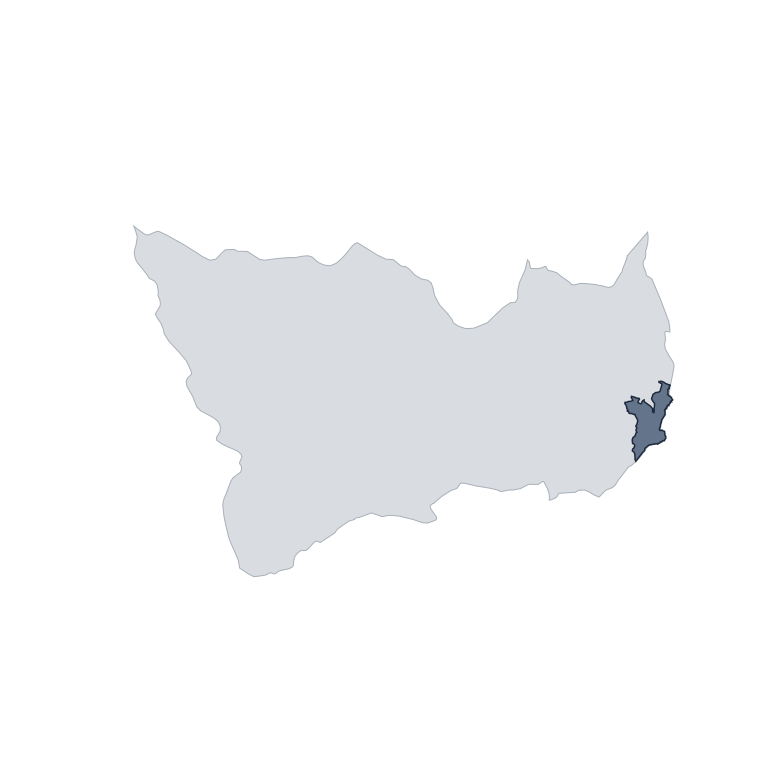 Baboua, Nana-Mambéré, Central African Republic shown in context, rotated 197°
{"feature_id": "33826404B17315710707848", "entity_name": "Baboua", "entity_type": "district", "adm_level": 2, "iso_a3": "CAF", "parent_name": "Central African Republic", "parent_adm1": "Nana-Mambéré", "projection": "natural_earth1", "projection_center": [14.687, 5.816], "detail": "fine", "context": "in_parent", "style": "filled", "palette": "slate", "viewbox_px": 768, "rotation_deg": 197, "n_neighbors": 0, "source": "geoboundaries", "source_scale": "gbopen_adm2", "svg_char_len": 8870}
<svg xmlns="http://www.w3.org/2000/svg" viewBox="0 0 768 768"><g transform="rotate(197 384 384)"><path d="M521.0,279.2L527.4,281.2L528.6,283.5L526.9,291.0L528.1,295.7L531.8,299.6L535.5,301.3L539.0,302.3L551.4,304.7L556.5,307.5L563.3,316.2L571.8,324.2L573.9,328.5L573.6,332.3L571.1,337.0L571.5,338.9L575.4,343.6L579.9,348.4L588.1,353.8L602.3,362.1L608.8,367.7L611.1,371.9L614.7,376.5L619.8,380.7L623.2,384.0L620.9,393.1L621.6,396.2L622.9,398.8L625.9,402.4L627.1,407.0L630.1,412.8L633.6,415.4L639.4,416.4L642.5,419.1L648.9,423.7L655.2,427.7L657.8,430.4L659.5,432.9L660.9,435.7L661.6,438.6L661.8,444.8L662.9,452.5L666.3,457.8L669.4,461.7L656.7,457.2L654.8,457.1L652.6,457.9L646.0,463.4L643.9,464.1L635.5,462.9L615.3,458.5L599.8,454.3L595.1,452.8L586.8,451.4L581.3,454.2L576.2,464.1L574.8,466.0L566.7,468.9L562.9,468.1L553.5,470.8L539.1,466.8L533.9,467.6L529.9,469.6L519.5,474.1L513.2,476.6L505.9,478.9L499.0,482.5L494.3,484.4L489.7,484.4L485.6,482.4L481.0,480.7L475.6,480.3L470.0,481.3L465.2,485.3L463.3,488.0L459.2,495.5L454.3,507.6L452.4,510.0L450.6,511.3L428.0,505.3L418.3,503.9L411.7,505.7L403.5,502.3L399.9,501.7L398.2,502.8L393.6,501.3L386.1,497.1L379.0,495.4L372.6,496.0L368.6,494.6L365.5,490.6L361.4,483.2L354.0,475.9L344.1,470.1L338.0,465.7L335.5,462.7L330.2,461.1L322.1,460.8L314.3,463.7L303.1,472.8L292.7,491.5L286.9,498.7L282.3,500.5L281.1,505.1L283.4,512.2L284.1,520.5L282.4,534.5L283.1,544.7L280.6,543.1L278.2,538.3L277.1,537.4L270.2,539.5L266.6,541.5L264.7,543.4L263.3,543.6L261.1,541.0L259.4,540.6L256.7,541.0L253.9,541.0L252.1,540.7L251.0,540.9L247.7,539.3L235.9,535.4L233.9,534.1L231.5,534.2L225.4,537.7L222.1,538.6L212.3,540.7L201.9,541.8L197.9,541.8L195.1,543.4L193.3,545.5L190.1,558.5L189.2,560.7L189.4,564.0L188.5,574.4L188.9,577.7L176.3,606.3L174.3,601.5L173.0,595.9L172.5,589.5L172.8,587.8L171.9,585.9L170.9,580.6L171.9,577.3L171.1,573.7L168.6,570.3L166.4,567.6L165.1,565.2L164.1,564.2L161.6,563.8L158.4,562.6L144.4,545.8L129.9,527.0L127.0,520.9L125.8,517.3L129.4,516.9L130.3,516.3L130.3,514.7L128.1,509.8L127.1,503.7L125.3,499.9L119.6,494.2L114.2,489.8L112.5,487.5L111.5,484.3L109.4,463.9L108.5,458.1L106.8,455.6L105.5,454.4L105.1,453.0L105.3,449.4L106.0,446.1L106.0,444.9L107.4,442.0L107.4,423.2L105.7,420.6L102.4,420.6L100.7,417.8L99.3,414.4L99.7,411.9L102.8,408.1L104.9,406.6L111.1,403.6L112.8,402.1L113.9,400.2L114.6,397.7L118.2,388.0L123.5,378.4L125.8,376.4L131.2,362.2L132.4,358.5L133.3,354.9L135.0,352.0L140.9,347.2L145.3,338.7L150.1,339.2L155.0,340.5L161.3,341.2L166.3,339.5L169.5,336.3L184.8,330.6L185.9,326.1L188.3,323.7L191.1,321.6L192.1,321.3L192.3,322.8L194.0,327.5L197.5,332.2L202.6,337.3L204.0,337.0L207.2,333.1L215.2,330.7L217.2,329.6L222.8,324.0L229.6,320.3L233.6,319.1L240.5,315.3L245.4,315.8L253.2,315.2L266.3,313.4L275.8,312.8L280.6,312.1L281.8,311.4L283.6,305.9L285.1,304.4L288.6,302.0L295.6,293.8L300.1,286.9L301.5,284.4L302.5,283.9L304.4,281.0L302.5,278.0L294.6,271.9L294.7,271.0L294.3,270.0L294.7,269.1L297.7,266.6L301.7,263.8L306.0,262.7L317.1,262.9L326.7,262.3L328.9,262.4L336.3,261.0L341.4,259.7L346.6,256.7L358.4,257.0L368.2,249.5L371.0,248.1L372.3,247.0L372.6,245.8L377.2,242.8L382.4,236.6L386.4,231.1L387.5,227.2L398.6,213.8L402.5,214.1L404.4,212.5L408.7,203.6L410.1,201.9L414.7,200.4L416.8,197.8L418.7,193.9L418.7,189.0L417.8,185.1L417.8,183.2L418.8,181.5L420.6,179.8L429.1,175.0L431.2,172.7L432.5,170.6L434.8,170.2L437.4,170.4L439.0,169.1L440.9,167.0L446.7,164.0L452.1,161.7L457.8,162.7L468.2,165.7L471.3,172.0L472.8,174.2L485.7,189.2L488.2,192.8L494.6,203.7L498.5,211.0L503.0,221.6L503.5,227.3L502.9,232.2L502.1,246.1L501.0,250.2L495.4,257.7L495.2,261.0L496.4,263.8L498.1,265.0L499.2,266.4L498.6,272.9L500.6,275.4L504.8,277.1L515.5,278.3L521.0,279.2Z" fill="#d9dde1" stroke="#a8b0b8" stroke-width="1"/><path d="M121.8,466.7L121.6,466.2L121.4,465.9L118.3,465.5L118.0,463.8L118.0,461.4L117.9,457.7L118.4,457.0L120.0,456.0L121.8,455.2L122.9,453.7L123.7,452.7L123.7,450.2L123.9,448.4L123.3,447.5L121.0,445.4L119.8,444.7L119.5,444.4L119.3,443.8L119.3,443.5L118.8,441.4L118.7,440.6L118.7,439.9L118.4,439.0L118.0,438.2L117.8,437.1L117.7,436.5L117.5,435.8L117.6,435.5L118.7,435.8L119.0,436.0L119.3,436.6L119.4,437.6L119.6,438.3L119.8,438.8L120.4,439.2L122.3,440.5L123.1,440.9L125.1,441.5L125.8,441.7L127.6,442.4L129.0,442.8L129.6,443.1L130.2,443.6L130.4,444.1L130.6,444.8L131.3,444.2L131.6,443.7L132.1,442.5L132.0,441.9L132.0,441.1L132.6,440.1L135.6,440.4L135.6,440.8L135.8,441.9L135.8,442.2L135.6,442.8L135.6,443.3L135.3,444.3L135.5,444.6L135.8,444.8L136.2,444.8L136.6,444.6L137.5,444.4L138.3,444.6L139.2,444.4L140.4,444.7L141.4,444.6L143.3,444.6L143.7,444.6L143.7,443.5L142.3,442.1L141.6,441.5L141.2,441.0L142.4,440.0L143.2,439.5L143.9,439.3L145.3,438.6L146.9,437.3L148.1,437.0L148.1,435.9L146.5,434.6L145.9,433.8L145.4,433.4L145.1,432.5L144.8,431.8L144.2,431.2L143.5,430.8L143.3,430.6L143.2,430.3L143.3,430.2L143.5,429.8L143.6,429.6L143.5,429.4L143.4,429.2L143.1,429.2L142.4,429.2L142.0,429.1L141.5,428.4L141.4,428.1L141.3,427.9L141.1,427.7L140.7,427.7L139.4,427.8L139.1,427.9L138.7,428.2L138.3,428.3L137.9,428.1L136.8,428.0L136.3,427.9L135.9,428.0L135.5,428.2L135.2,428.2L134.9,428.2L134.7,428.0L134.6,427.8L134.6,427.4L132.6,425.4L130.7,423.4L130.5,422.0L130.4,418.8L130.7,418.4L130.9,417.3L130.5,416.9L129.7,416.4L129.3,415.9L129.6,413.9L129.5,413.4L129.3,413.1L128.3,412.0L128.1,411.9L128.0,411.7L128.5,411.2L128.7,410.6L128.8,409.0L128.6,408.2L128.8,407.7L130.2,405.6L130.3,403.2L128.9,399.8L127.6,399.7L126.8,399.2L126.2,398.3L126.3,397.2L126.0,396.4L126.3,395.9L127.0,395.1L127.2,393.7L126.9,392.6L124.7,391.8L123.5,389.8L122.7,387.8L121.9,385.3L120.6,383.7L116.6,394.3L115.3,396.5L115.7,398.7L113.0,402.7L112.9,403.0L108.4,405.4L108.1,405.5L105.8,406.7L104.6,406.5L104.5,406.8L104.0,407.6L103.9,407.7L103.6,407.8L103.3,408.1L103.0,408.4L102.7,409.5L102.3,409.7L102.0,409.7L101.8,409.7L101.6,409.9L101.4,410.0L101.3,410.5L101.1,410.7L101.0,411.2L100.8,411.4L100.6,411.5L100.1,411.4L99.6,411.6L99.2,411.8L99.2,412.0L99.3,412.6L99.3,412.9L99.2,413.2L98.8,413.8L98.7,414.0L98.6,414.3L98.7,414.5L99.0,415.3L99.0,416.0L99.6,416.6L100.0,416.8L100.3,417.1L100.6,417.5L100.8,418.0L100.9,418.9L101.2,419.2L101.3,419.4L101.6,420.4L102.0,420.7L102.2,420.8L102.8,420.8L103.6,420.7L103.9,420.8L104.4,421.2L104.8,421.2L105.1,420.9L105.6,420.8L105.8,420.6L105.9,420.4L106.1,420.3L106.3,420.2L106.5,420.2L106.8,420.3L107.0,420.6L107.1,420.8L107.2,421.1L107.3,421.3L107.5,421.7L107.6,422.0L107.5,422.4L107.5,422.6L107.4,422.9L107.3,423.3L107.4,423.5L107.2,423.8L107.3,423.9L107.3,424.4L107.4,424.6L107.5,424.8L107.5,425.2L107.6,425.4L107.6,425.6L107.7,426.4L107.7,426.7L107.6,426.8L107.6,427.1L107.7,427.3L107.7,427.5L107.7,427.8L107.7,428.1L107.6,428.3L107.7,428.6L107.7,429.1L107.7,429.5L107.8,429.7L107.8,430.1L107.9,430.5L107.9,431.1L107.6,431.9L107.4,432.3L107.4,432.5L107.2,433.2L107.0,433.7L107.0,433.9L107.0,434.1L107.0,434.5L106.9,434.6L106.7,434.9L106.7,435.2L106.6,435.3L106.5,435.5L106.6,435.8L106.3,436.3L106.3,436.7L106.2,436.9L106.3,437.0L106.3,437.3L106.3,437.5L106.5,437.8L106.7,438.1L106.8,438.2L106.9,438.5L107.0,439.1L106.9,439.2L107.0,439.4L107.1,439.8L107.4,440.3L107.6,440.5L107.8,440.9L107.9,441.1L108.0,441.1L108.0,441.3L107.9,441.3L107.7,441.5L107.5,441.9L107.4,442.0L107.3,442.3L107.3,442.5L107.5,442.7L107.5,442.8L107.3,442.9L107.3,443.1L107.2,443.1L107.3,443.2L107.1,443.4L107.0,443.6L106.8,443.6L106.7,443.7L106.6,443.8L106.8,443.9L106.8,444.0L106.9,444.3L106.8,444.7L106.7,444.9L106.7,445.0L106.6,445.4L106.7,445.8L106.7,446.1L106.5,446.3L106.4,446.5L106.3,446.4L106.1,446.4L105.9,446.4L105.8,446.5L105.7,446.7L105.4,446.7L105.5,446.9L105.5,447.0L105.4,447.3L105.5,447.4L105.5,447.8L105.2,448.1L105.0,448.5L105.1,449.2L104.9,449.3L104.9,449.5L104.8,449.9L104.7,449.9L104.7,450.0L104.6,450.4L104.6,450.5L104.4,450.8L104.4,451.0L104.2,451.0L104.3,451.1L104.5,451.2L104.3,451.4L104.4,451.5L104.5,451.5L104.5,451.4L104.5,451.5L104.4,451.7L104.4,451.8L104.2,451.8L104.0,452.0L103.9,452.2L103.8,452.3L103.7,452.4L103.6,452.5L103.4,452.9L103.5,452.9L103.5,453.1L103.5,453.3L103.8,453.6L104.3,454.0L104.5,454.2L104.8,454.6L105.0,454.7L105.3,454.9L105.3,455.2L105.5,455.2L105.6,455.3L106.3,455.5L106.5,455.8L106.9,455.8L107.1,456.0L107.3,456.0L107.6,455.9L107.8,456.0L108.0,456.0L108.3,456.2L108.8,456.2L108.9,456.3L109.0,456.4L109.0,456.8L109.6,457.2L109.8,457.2L109.8,457.5L109.7,457.7L109.8,458.1L109.7,458.3L109.9,458.7L110.0,458.9L110.2,459.5L110.2,459.9L110.3,460.3L110.5,460.4L110.7,460.9L110.6,461.3L110.9,461.5L110.9,461.8L110.8,462.2L110.6,462.2L110.5,462.6L110.3,462.8L110.1,462.8L109.9,462.9L109.9,463.5L110.2,463.9L110.3,464.1L110.2,464.7L110.2,464.8L110.4,465.1L110.3,465.5L110.5,465.8L110.5,466.0L110.1,466.3L110.3,466.5L110.2,466.6L110.3,466.7L112.7,466.6L115.0,466.9L117.3,467.6L119.0,467.7L120.4,467.5L121.3,466.8L121.8,466.7Z" fill="#64748b" stroke="#1e293b" stroke-width="1.5"/></g></svg>